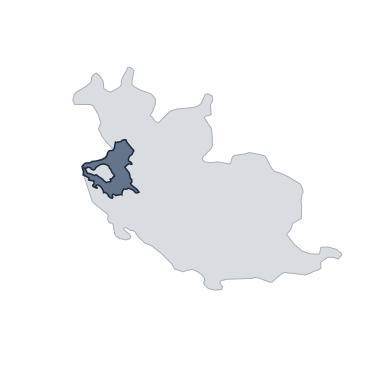 Sankt Gallen on a map of Switzerland (Natural Earth projection), rotated 223°
{"feature_id": "CHE-167", "entity_name": "Sankt Gallen", "entity_type": "Canton", "adm_level": 1, "iso_a3": "CHE", "parent_name": "Switzerland", "parent_adm1": "", "projection": "natural_earth1", "projection_center": [9.275, 47.209], "detail": "fine", "context": "in_parent", "style": "filled", "palette": "slate", "viewbox_px": 384, "rotation_deg": 223, "n_neighbors": 0, "source": "natural_earth", "source_scale": "10m", "svg_char_len": 5800}
<svg xmlns="http://www.w3.org/2000/svg" viewBox="0 0 384 384"><g transform="rotate(223 192 192)"><path d="M281.4,129.6L283.5,130.7L288.3,134.5L287.2,141.0L281.7,151.5L278.8,159.9L278.4,166.4L279.0,169.5L280.0,169.4L285.3,169.9L288.0,169.9L296.5,171.6L303.3,174.2L304.6,176.9L305.5,180.2L313.6,184.7L322.9,187.6L326.0,186.7L337.5,176.1L341.9,177.9L344.7,183.5L344.6,186.5L341.4,197.7L340.9,203.8L343.7,207.7L344.0,210.9L343.2,213.7L338.6,214.0L332.4,212.4L327.2,207.6L323.2,208.1L319.8,209.4L318.1,214.0L316.5,219.5L317.0,222.5L319.5,224.9L321.4,229.9L322.8,236.4L323.9,239.3L322.7,240.7L319.5,241.6L316.8,240.7L312.0,232.9L309.8,230.0L306.1,229.5L299.5,231.3L289.4,235.7L285.3,235.7L281.9,234.8L278.6,231.1L275.8,224.0L275.0,219.6L273.0,219.7L266.6,218.4L263.6,220.2L263.5,227.4L262.9,236.5L259.7,242.3L250.7,252.4L247.3,256.8L246.0,260.0L245.7,262.8L247.1,267.5L249.0,272.1L247.4,274.7L242.6,276.0L239.3,273.3L238.0,268.3L230.7,261.6L234.0,256.0L233.4,254.6L221.4,251.7L216.2,247.5L208.9,240.0L207.6,236.8L207.9,226.4L207.5,223.9L206.5,222.7L203.0,222.8L198.1,226.4L193.5,231.8L184.2,237.8L183.3,239.1L186.3,245.1L186.2,247.4L178.6,256.8L177.1,259.9L167.5,265.9L163.1,268.1L149.8,263.7L146.1,263.2L140.1,266.1L131.7,268.9L118.1,271.7L113.1,269.6L110.7,267.7L109.6,264.9L106.2,259.8L102.4,256.8L99.7,253.6L96.2,250.0L94.0,247.0L97.1,237.5L94.9,234.1L93.8,229.3L94.4,226.1L93.2,225.3L81.0,223.4L70.8,224.0L63.5,227.2L57.5,232.5L56.8,233.6L57.1,234.6L60.0,239.5L54.9,244.6L47.2,248.6L41.7,249.0L39.4,248.2L39.3,242.7L43.9,240.7L48.0,237.1L49.4,232.1L50.0,228.5L45.7,224.2L46.3,221.6L49.0,216.6L50.6,212.2L52.8,208.4L61.3,202.2L69.9,195.9L71.3,189.3L72.0,181.2L73.2,179.3L84.7,174.5L87.6,172.5L89.1,169.8L98.2,160.7L107.2,151.8L109.0,148.8L110.5,147.0L110.5,145.5L109.4,144.4L105.2,143.7L103.8,140.8L108.4,135.7L114.2,132.6L119.8,132.6L122.0,134.0L121.9,135.7L124.3,137.5L128.5,138.1L133.8,137.5L139.0,135.6L142.2,131.0L144.1,127.6L152.3,123.7L157.9,125.7L173.4,126.2L184.7,125.1L191.7,122.5L200.5,122.5L206.4,124.0L207.4,123.8L209.0,123.4L210.6,122.0L216.2,121.0L216.9,119.8L216.7,118.6L215.7,118.0L208.9,118.6L206.3,117.7L205.6,115.5L207.8,111.8L212.9,108.7L217.1,108.0L220.2,108.8L227.6,114.5L229.4,114.6L230.4,113.6L232.0,113.1L234.6,114.2L237.5,117.7L237.9,118.2L254.6,117.0L258.3,117.0L269.6,123.2L281.4,129.6Z" fill="#d9dde1" stroke="#a8b0b8" stroke-width="1"/><path d="M283.4,130.3L283.5,130.8L285.5,133.4L288.0,134.4L290.0,135.8L289.9,139.5L289.3,140.8L286.7,143.7L286.3,144.4L286.0,146.0L285.7,146.5L283.4,149.0L281.3,152.2L280.1,153.8L279.6,155.1L279.0,156.7L278.9,157.8L278.8,159.6L279.3,161.0L279.5,161.4L280.1,162.3L280.6,163.7L280.7,165.5L280.0,166.7L279.0,167.6L278.2,168.5L278.3,169.3L278.3,169.6L278.8,171.1L279.6,172.5L281.6,175.6L282.0,176.3L281.5,176.4L281.1,176.6L280.8,176.9L280.5,177.7L280.3,178.1L279.7,178.5L279.4,178.9L278.9,179.6L278.5,180.3L278.3,181.3L278.4,181.7L278.3,182.2L278.1,182.6L277.2,184.0L276.4,184.2L276.2,185.0L275.9,185.0L275.5,185.0L274.7,184.5L273.3,183.9L264.2,182.7L263.9,182.9L263.6,182.9L263.3,182.8L262.3,181.7L262.4,180.9L262.3,180.6L261.8,179.5L261.6,178.8L261.5,178.5L261.7,178.2L262.0,175.5L261.9,174.9L261.6,174.1L260.8,172.5L260.2,171.9L259.6,171.5L259.1,171.5L258.6,171.7L257.9,172.0L256.6,172.1L256.2,172.0L254.9,171.4L254.9,171.2L255.1,171.0L257.4,169.6L257.8,168.4L258.1,164.3L251.0,163.1L250.0,162.6L246.4,159.8L246.0,159.7L244.9,160.2L243.1,158.7L242.7,157.9L242.7,157.7L242.7,157.2L242.9,156.4L240.8,155.8L234.4,156.4L230.7,155.8L231.6,153.8L232.9,152.9L235.7,153.3L236.6,153.2L240.6,151.6L241.2,151.1L241.5,150.7L241.5,150.0L241.8,149.5L242.3,148.9L243.2,148.2L243.6,147.8L243.9,147.5L243.7,146.8L243.3,144.9L241.7,142.4L241.4,142.1L242.1,142.0L242.6,141.4L243.5,139.9L244.2,139.2L245.0,137.7L245.2,137.4L245.5,137.3L245.8,137.4L246.0,137.4L246.3,137.4L246.6,137.2L246.9,137.1L247.3,137.0L247.8,137.0L248.0,136.8L248.1,136.6L248.2,136.3L248.1,135.5L248.1,135.1L246.2,134.0L246.0,133.7L246.0,133.3L246.2,132.9L246.6,132.8L247.0,132.7L247.3,132.6L247.8,132.1L248.1,132.0L248.6,132.2L249.0,132.2L250.2,132.0L250.4,132.1L250.6,132.2L250.7,132.5L250.9,132.6L251.1,132.6L251.7,132.6L251.9,132.6L252.8,132.8L253.6,132.8L254.8,132.6L255.3,132.3L255.6,132.0L256.2,131.1L257.2,132.1L259.4,133.0L262.1,133.5L263.3,133.7L263.5,133.5L264.1,133.2L264.5,133.1L265.1,133.3L265.6,133.1L265.9,132.9L266.2,132.6L266.3,132.3L266.6,131.6L266.3,130.3L266.0,130.3L265.7,130.3L265.4,130.4L265.0,130.5L264.2,130.4L264.0,130.0L264.1,129.9L264.4,129.9L264.5,130.0L264.7,129.9L264.9,129.6L265.1,129.5L265.5,129.3L265.9,129.3L266.5,129.2L267.0,128.9L267.3,128.8L267.7,128.7L268.6,128.7L269.3,129.5L269.3,129.9L269.2,130.2L269.0,130.7L269.2,131.1L270.7,132.7L271.3,133.2L271.7,133.3L272.2,132.5L275.6,130.3L276.3,130.7L276.0,131.5L276.8,132.0L277.1,132.0L277.4,132.0L278.0,131.8L283.4,130.3L283.4,130.3ZM279.0,144.3L278.5,143.0L278.9,140.9L280.7,140.3L281.6,140.1L282.5,140.6L285.4,139.0L285.3,138.2L285.4,137.6L285.6,137.4L287.1,136.0L284.4,135.6L283.3,135.3L283.1,135.1L282.7,134.8L282.5,134.7L281.9,134.6L281.7,134.5L281.6,134.4L281.3,134.5L280.9,134.6L279.5,135.7L276.1,137.0L275.6,137.2L274.8,137.4L274.4,137.9L274.2,138.5L274.1,138.9L273.7,139.3L272.9,139.5L271.4,139.5L268.9,139.9L265.9,140.4L264.8,140.1L264.3,140.1L261.9,140.4L261.3,140.3L261.0,140.5L260.7,141.1L260.0,142.3L259.5,143.1L258.7,143.8L258.5,144.0L259.4,145.5L260.1,145.3L260.4,145.3L260.6,145.5L260.7,145.8L260.4,146.2L260.2,146.5L259.7,146.9L259.6,147.3L259.6,147.8L260.0,149.8L259.3,150.6L259.8,151.1L260.0,151.2L260.7,151.4L264.0,151.8L266.1,152.8L266.8,153.2L267.0,153.2L267.3,153.2L268.4,153.0L269.3,153.6L269.9,153.8L270.4,154.0L271.0,154.1L271.4,154.1L273.3,153.5L274.6,152.9L275.6,152.3L276.5,151.4L277.9,149.3L279.0,144.3Z" fill="#64748b" stroke="#1e293b" stroke-width="1.5"/></g></svg>